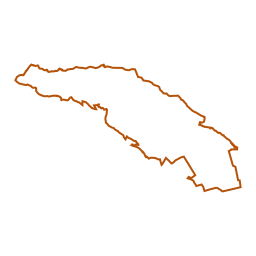 Cricau, Alba, Romania (Natural Earth projection)
{"feature_id": "2599482B70766951502977", "entity_name": "Cricau", "entity_type": "district", "adm_level": 2, "iso_a3": "ROU", "parent_name": "Romania", "parent_adm1": "Alba", "projection": "natural_earth1", "projection_center": [23.516, 46.19], "detail": "fine", "context": "isolated", "style": "outline", "palette": "amber", "viewbox_px": 256, "rotation_deg": 0, "n_neighbors": 0, "source": "geoboundaries", "source_scale": "gbopen_adm2", "svg_char_len": 5681}
<svg xmlns="http://www.w3.org/2000/svg" viewBox="0 0 256 256"><path d="M37.1,65.6L35.3,66.0L34.4,65.6L33.4,65.1L33.2,65.4L32.6,65.1L32.2,65.2L31.3,64.6L29.5,66.4L29.2,67.0L27.9,68.6L27.9,69.0L27.0,69.8L27.0,70.1L26.2,70.7L26.3,71.0L25.6,71.5L25.5,72.0L24.8,72.9L24.7,73.4L24.6,73.7L23.9,74.1L23.7,74.5L23.7,74.9L23.6,75.1L23.2,75.2L21.7,75.0L20.2,75.1L19.4,75.4L17.2,76.8L16.7,77.4L16.2,78.8L15.7,79.4L15.4,80.3L16.4,81.3L16.8,81.8L17.9,82.5L18.8,83.2L20.1,83.8L21.1,83.8L23.1,84.5L24.5,84.7L25.8,85.1L26.1,85.1L27.4,84.5L28.6,85.2L29.3,85.4L30.1,85.5L30.5,85.7L32.1,87.3L32.7,87.7L33.1,87.8L35.2,87.6L35.7,87.8L36.0,88.0L36.2,88.7L36.1,90.3L36.2,91.0L36.9,92.1L37.4,92.5L37.7,93.0L38.3,93.5L39.1,94.4L39.7,94.5L41.7,95.5L42.5,95.5L43.4,96.1L45.6,96.3L47.3,96.0L48.5,96.4L49.1,96.5L50.0,96.4L51.3,96.0L53.5,95.8L53.9,95.6L55.3,95.7L55.7,95.9L56.1,95.7L56.5,95.9L56.9,95.7L57.2,96.0L57.5,96.0L57.8,96.2L58.4,96.1L58.7,96.4L59.9,96.8L60.2,97.1L61.0,97.9L61.1,99.0L61.4,100.1L62.7,99.6L64.9,99.8L67.2,100.4L68.2,100.1L70.0,97.7L71.3,97.2L71.7,97.6L73.1,99.8L73.5,99.9L74.1,100.4L74.7,100.8L76.7,101.3L77.5,102.0L79.1,102.4L82.4,105.0L82.5,101.2L85.8,102.2L88.3,104.4L88.9,105.3L91.8,107.9L94.8,109.1L96.1,109.2L94.0,105.4L95.8,105.2L97.4,105.1L98.0,104.8L98.2,104.5L98.7,104.3L98.8,104.3L98.9,104.7L98.6,105.8L98.4,106.4L98.6,106.9L99.6,106.9L99.8,107.0L100.1,107.3L100.5,107.8L101.0,108.2L101.3,108.3L101.5,108.3L101.8,107.9L102.6,107.9L102.9,108.1L104.0,109.2L104.2,109.7L106.4,109.0L106.9,109.6L107.0,110.2L106.7,111.9L106.7,113.7L106.1,115.8L105.6,116.8L105.5,117.4L105.4,119.8L105.7,120.4L105.8,122.0L105.9,122.6L106.3,123.0L106.7,123.3L107.9,124.6L108.2,125.3L108.9,125.8L112.1,127.6L113.7,128.0L114.8,129.3L116.6,130.5L118.0,131.1L118.4,131.9L119.1,132.5L122.4,134.6L123.1,135.1L123.5,135.6L123.7,136.9L123.8,137.2L124.2,137.7L124.5,137.8L125.0,138.5L125.1,138.9L125.5,139.4L125.9,138.8L126.5,137.4L126.8,136.4L127.1,136.5L127.8,137.4L129.7,138.4L130.6,138.6L131.5,139.2L132.3,139.9L134.0,140.8L135.0,141.1L135.5,141.0L135.9,141.2L136.3,142.0L138.2,144.2L138.4,144.6L138.4,144.9L137.3,144.7L135.7,144.6L135.7,145.2L135.1,145.4L134.2,145.4L133.6,145.2L132.5,144.4L132.4,144.4L132.4,144.6L132.2,144.9L131.6,145.2L133.3,146.0L134.6,146.3L137.3,147.2L138.8,148.1L140.0,149.1L141.2,150.4L142.6,151.6L142.4,151.7L142.5,152.3L143.6,152.9L144.4,153.8L144.9,155.3L145.3,155.7L145.4,156.3L145.9,157.1L146.1,157.1L146.6,156.6L147.8,157.5L148.5,158.4L148.8,158.6L150.1,158.1L150.4,157.8L151.9,157.7L152.5,157.8L155.3,158.0L156.5,158.6L157.3,158.8L157.9,159.3L160.0,159.3L160.1,159.8L160.2,160.5L160.8,162.3L161.1,163.1L161.3,163.8L161.3,164.3L161.6,164.9L162.7,163.5L164.4,160.7L165.9,157.9L169.3,161.1L171.1,163.1L171.7,163.5L172.3,163.2L173.9,162.0L174.9,160.9L176.0,160.0L177.3,159.4L180.5,157.6L183.8,156.6L188.1,163.5L192.8,171.2L193.8,172.7L195.2,175.2L191.2,178.1L188.7,176.9L187.7,178.3L190.9,179.4L192.3,180.0L192.8,180.3L193.6,181.1L194.2,182.7L195.6,184.5L196.3,186.0L201.6,184.5L203.0,186.6L203.4,187.4L204.5,191.0L209.1,189.6L216.0,187.8L217.1,187.9L217.9,188.3L221.1,190.3L221.9,191.1L222.7,191.4L240.6,187.2L239.7,180.4L238.1,180.2L235.4,166.8L232.9,165.6L228.8,151.1L231.5,149.6L231.5,149.4L237.1,149.4L237.2,147.5L236.9,147.5L236.5,147.3L236.0,147.3L235.9,147.0L235.9,146.8L235.8,146.7L234.7,147.2L234.6,146.8L234.2,146.7L234.4,145.7L234.2,145.4L233.9,145.2L233.6,145.7L233.0,145.0L232.8,144.3L232.4,144.7L232.2,144.5L232.1,143.8L231.4,143.3L231.7,143.0L231.4,142.6L231.1,142.4L230.1,140.9L229.1,139.9L226.8,138.6L225.6,137.4L224.4,136.6L223.9,135.8L223.8,135.4L223.5,135.2L222.7,135.3L221.9,134.6L221.7,134.6L220.9,133.7L219.9,132.8L219.2,132.8L218.7,132.6L218.4,132.9L217.3,132.3L216.6,131.4L216.1,131.1L215.9,130.8L215.4,130.6L215.0,130.7L214.5,130.4L214.3,130.1L213.9,129.7L213.6,129.3L212.6,128.5L212.5,128.1L211.6,128.0L210.9,128.2L210.7,127.8L210.2,128.2L210.0,127.7L209.7,127.5L208.5,127.4L205.1,126.8L204.9,126.9L204.6,126.6L203.7,126.5L202.8,126.0L202.5,126.1L202.4,126.0L202.3,125.7L201.9,125.7L201.4,125.3L200.8,125.1L200.0,125.0L200.0,124.6L199.3,124.6L199.6,123.3L200.1,122.1L201.1,122.6L201.9,122.6L203.8,121.9L204.3,120.5L204.6,118.5L204.6,117.7L204.0,117.1L204.2,116.8L200.9,115.5L196.4,112.7L195.7,112.3L195.1,112.2L192.8,111.0L190.6,109.1L188.8,107.3L187.6,106.5L187.1,105.8L186.3,104.3L185.7,103.4L184.5,102.3L183.1,100.4L181.0,99.6L180.4,98.0L178.7,96.4L178.0,95.6L176.0,95.8L174.4,95.8L169.7,96.1L169.3,96.0L167.8,94.9L166.6,93.5L165.0,93.6L163.5,93.3L161.7,91.2L160.4,90.1L159.9,89.2L159.2,87.1L158.1,86.2L155.1,85.3L152.9,84.2L151.9,82.7L148.5,81.1L148.1,81.2L147.6,81.2L145.3,80.7L144.2,80.7L143.8,80.6L143.2,80.3L142.9,79.9L142.9,79.5L142.2,78.8L141.6,77.6L138.1,77.0L135.5,70.5L135.0,69.4L133.2,69.1L132.2,69.1L129.3,70.0L129.0,70.2L127.4,70.1L124.6,69.4L123.3,68.3L121.8,67.9L112.6,67.8L110.2,67.0L107.6,66.5L106.0,66.7L104.9,67.2L103.9,66.4L103.6,66.0L104.1,65.7L103.7,65.4L103.9,65.0L103.7,64.7L103.3,64.9L101.2,65.4L99.8,66.6L97.1,67.8L96.0,68.0L95.4,68.1L93.8,67.5L91.9,67.2L91.0,66.8L90.1,66.8L89.6,66.9L87.6,67.7L86.3,68.4L84.2,68.3L84.1,68.2L82.2,67.8L81.0,67.8L80.3,67.9L77.3,67.3L76.5,66.9L74.9,67.6L73.5,68.6L73.0,68.8L72.4,69.0L71.1,69.1L70.2,69.0L68.1,69.6L67.2,69.6L66.9,70.0L65.7,70.8L63.4,70.7L62.0,70.3L62.3,69.8L62.1,69.6L61.5,69.3L61.0,69.3L59.7,68.7L59.5,69.2L58.8,69.2L58.2,70.0L58.2,70.4L57.6,70.7L56.7,71.0L55.7,71.0L55.2,70.8L54.8,71.2L52.3,71.5L51.8,71.2L49.0,72.0L48.2,71.7L47.8,71.5L47.4,70.9L47.6,70.8L47.6,70.6L47.4,70.2L47.1,69.8L46.6,69.7L45.9,70.2L45.4,70.3L43.7,70.0L43.2,69.4L41.8,68.7L40.1,68.7L39.8,68.4L39.4,68.3L38.9,67.5L38.2,65.7L37.1,65.7L37.1,65.6Z" fill="none" stroke="#b45309" stroke-width="2"/></svg>